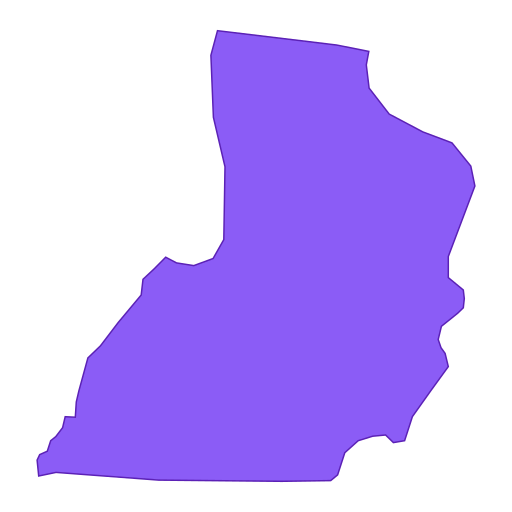 the district of Mala, Kémo, Central African Republic
{"feature_id": "33826404B24746486434253", "entity_name": "Mala", "entity_type": "district", "adm_level": 2, "iso_a3": "CAF", "parent_name": "Central African Republic", "parent_adm1": "Kémo", "projection": "robinson", "projection_center": [19.625, 6.239], "detail": "fine", "context": "isolated", "style": "filled", "palette": "violet", "viewbox_px": 512, "rotation_deg": 0, "n_neighbors": 0, "source": "geoboundaries", "source_scale": "gbopen_adm2", "svg_char_len": 843}
<svg xmlns="http://www.w3.org/2000/svg" viewBox="0 0 512 512"><path d="M368.8,51.4L336.5,45.0L330.6,44.3L217.5,30.7L210.9,55.3L213.4,117.3L225.0,166.8L223.8,239.6L213.1,258.5L193.8,265.6L176.5,262.9L165.7,257.2L154.0,269.0L143.0,279.3L141.2,295.0L118.3,322.4L100.4,345.9L87.9,357.9L78.9,390.8L76.3,401.9L75.3,417.2L65.2,416.7L62.6,427.7L55.8,436.6L50.7,440.7L47.3,451.2L39.7,454.6L37.1,460.1L38.7,476.0L56.0,472.4L158.6,480.1L281.8,481.3L330.7,480.6L337.6,474.9L344.8,452.7L358.2,440.7L372.7,436.2L385.6,435.0L393.4,442.6L404.6,440.7L412.4,416.6L430.8,390.7L448.3,366.6L445.1,353.4L441.0,347.7L438.2,339.5L441.4,326.3L457.7,313.2L463.3,307.8L464.3,298.6L463.3,290.0L448.3,277.6L448.3,256.5L474.9,186.0L470.8,166.1L452.0,142.9L422.8,131.9L389.2,114.1L369.1,88.1L366.3,64.9L368.8,51.4Z" fill="#8b5cf6" stroke="#5b21b6" stroke-width="1.5"/></svg>